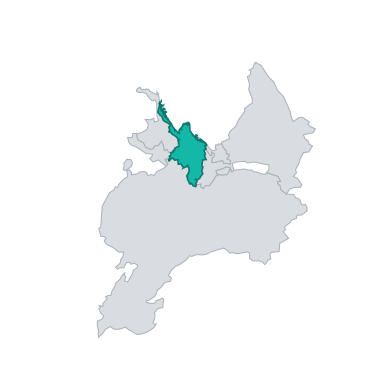 Myanmar highlighted among its neighbors, rotated 160°
{"feature_id": "MMR", "entity_name": "Myanmar", "entity_type": "country or territory", "adm_level": 0, "iso_a3": "MMR", "parent_name": "Asia", "parent_adm1": "", "projection": "albers", "projection_center": [96.922, 19.196], "detail": "fine", "context": "with_neighbors", "style": "filled", "palette": "teal", "viewbox_px": 384, "rotation_deg": 160, "n_neighbors": 6, "source": "natural_earth", "source_scale": "50m", "svg_char_len": 12006}
<svg xmlns="http://www.w3.org/2000/svg" viewBox="0 0 384 384"><g transform="rotate(160 192 192)"><path d="M223.5,265.5L218.9,265.0L212.8,266.2L209.9,270.4L211.2,276.3L206.8,274.2L202.7,274.4L203.3,270.5L199.0,270.6L198.8,276.0L194.7,287.7L195.1,291.2L198.3,291.3L200.4,295.7L201.4,300.0L204.2,302.7L207.3,303.2L209.9,305.6L208.3,307.7L205.0,308.3L204.6,305.8L200.5,303.8L199.6,304.7L197.6,302.9L196.7,300.5L191.6,295.4L190.8,298.3L189.9,295.6L191.8,287.8L196.7,278.1L194.8,273.7L194.2,268.6L189.8,262.2L191.5,261.3L193.2,256.9L185.9,245.7L187.9,244.8L189.9,239.4L193.2,239.2L198.5,235.8L200.5,237.3L200.9,240.3L204.0,240.4L203.0,245.7L203.2,250.1L208.0,247.0L209.5,247.9L212.2,247.6L213.1,245.9L216.6,246.1L220.4,250.0L220.9,254.9L224.9,259.0L224.9,263.2L223.5,265.5Z" fill="#d9dde1" stroke="#a8b0b8" stroke-width="1"/><path d="M233.8,265.3L229.5,263.7L227.5,267.3L223.5,265.5L224.9,263.2L224.9,259.0L220.9,254.9L220.4,250.0L216.6,246.1L213.1,245.9L212.2,247.6L209.5,247.9L208.0,247.0L203.2,250.1L203.0,245.7L204.0,240.4L200.9,240.3L200.5,237.3L198.5,235.8L199.4,233.9L203.3,230.6L203.7,231.8L206.2,231.8L205.3,226.2L207.7,225.4L212.7,233.7L218.3,233.5L220.3,237.7L217.4,239.2L216.1,241.0L221.8,243.7L229.2,253.6L233.0,256.9L234.4,260.3L233.8,265.3Z" fill="#d9dde1" stroke="#a8b0b8" stroke-width="1"/><path d="M185.6,197.1L185.9,198.9L184.4,199.8L184.7,202.9L181.6,202.0L175.8,205.3L175.9,208.2L173.4,212.3L173.1,214.7L171.1,218.8L167.6,217.6L167.3,222.7L166.2,224.4L166.7,226.5L164.4,227.6L162.2,219.7L161.0,219.6L160.1,222.8L157.7,220.1L159.2,217.4L161.2,217.1L163.4,213.0L160.9,212.1L152.5,211.2L152.2,207.7L150.1,207.4L146.7,205.1L145.0,208.4L148.1,211.2L145.2,212.9L144.1,214.6L146.8,216.1L145.9,219.0L147.3,222.8L147.8,227.0L147.1,228.7L138.3,229.3L138.3,233.0L135.7,235.8L128.8,238.7L123.2,244.2L114.6,249.9L114.4,252.2L107.5,254.6L105.3,254.7L103.5,258.3L103.7,268.9L101.2,273.4L100.4,281.7L97.9,281.7L95.3,285.2L96.6,287.0L92.0,287.9L90.0,291.0L87.8,292.2L83.7,287.1L81.0,274.9L77.6,267.3L76.8,257.9L73.4,250.6L72.2,234.2L73.1,228.3L72.8,223.5L65.8,225.5L62.7,224.5L57.7,217.6L60.1,216.2L59.1,214.0L54.5,209.0L58.0,206.2L67.8,207.8L67.6,203.4L65.5,200.6L65.5,196.7L63.0,194.1L68.6,189.7L73.6,190.9L78.8,186.4L82.2,181.9L87.0,177.6L87.4,174.1L91.4,171.8L88.3,169.0L86.3,161.2L88.6,159.4L94.8,161.4L99.5,161.2L104.0,157.7L107.9,163.7L107.1,167.6L108.5,170.2L108.1,172.7L105.2,171.7L105.8,177.1L115.4,184.6L112.4,186.5L110.3,190.9L123.7,199.1L129.7,200.2L132.1,202.9L140.8,205.1L144.5,205.2L145.1,198.0L147.8,197.1L148.0,202.0L152.0,204.0L154.8,203.3L162.1,203.8L162.5,200.8L160.8,199.1L164.3,198.6L168.4,195.1L173.5,192.0L177.2,193.3L180.3,191.2L182.3,194.3L180.8,196.3L185.6,197.1Z" fill="#d9dde1" stroke="#a8b0b8" stroke-width="1"/><path d="M164.4,227.6L164.2,231.2L162.6,230.4L162.8,234.4L160.6,226.8L158.8,223.8L154.6,223.5L154.9,225.6L153.4,228.3L151.5,227.2L150.8,228.1L147.8,227.0L147.3,222.8L145.9,219.0L146.8,216.1L144.1,214.6L145.2,212.9L148.1,211.2L145.0,208.4L146.7,205.1L150.1,207.4L152.2,207.7L152.5,211.2L160.9,212.1L163.4,213.0L161.2,217.1L159.2,217.4L157.7,220.1L160.1,222.8L161.0,219.6L162.2,219.7L164.4,227.6Z" fill="#d9dde1" stroke="#a8b0b8" stroke-width="1"/><path d="M158.9,197.8L162.5,200.8L162.1,203.8L154.8,203.3L152.0,204.0L148.0,202.0L148.0,201.0L151.1,197.4L153.5,196.3L158.9,197.8Z" fill="#d9dde1" stroke="#a8b0b8" stroke-width="1"/><path d="M242.4,244.9L238.5,243.6L238.0,239.3L240.2,236.9L245.1,235.2L247.8,235.1L248.9,236.9L247.1,239.2L246.2,242.2L242.4,244.9ZM117.1,127.0L117.1,124.5L119.9,123.6L117.1,115.5L127.1,113.7L130.5,106.2L138.1,108.2L140.4,106.4L140.8,102.2L144.0,102.0L147.1,99.4L148.6,99.1L149.5,102.1L152.6,104.5L158.1,106.3L160.6,109.8L158.9,114.8L160.3,116.8L170.2,118.4L174.9,121.2L177.4,121.7L179.2,125.8L181.5,128.5L194.2,129.3L199.5,128.6L203.4,129.2L209.4,131.7L214.3,131.5L216.1,132.9L220.7,130.2L227.1,128.3L233.1,127.7L237.6,125.8L242.9,121.5L240.7,118.5L242.6,115.5L248.9,116.2L252.6,113.5L258.4,111.2L260.9,108.0L263.5,106.5L269.0,105.2L272.2,105.3L272.4,103.7L268.5,101.2L265.3,100.3L262.5,102.2L258.6,101.9L256.5,102.7L255.3,101.1L259.1,93.3L263.8,94.3L268.9,91.1L268.6,89.3L271.4,84.6L273.3,83.0L273.0,80.9L270.8,80.2L273.6,77.9L278.1,76.5L283.0,75.7L288.7,76.0L292.2,76.8L298.6,84.1L300.7,87.8L307.5,87.9L312.5,90.0L314.8,93.6L320.6,92.4L323.5,90.1L329.5,87.5L328.3,91.7L327.2,93.5L326.8,98.4L325.1,103.1L320.3,103.3L317.3,105.5L319.0,109.0L319.5,114.3L317.5,114.8L318.0,117.1L315.0,114.9L313.9,117.7L308.1,120.8L309.2,123.0L305.7,123.4L303.6,122.4L301.4,126.0L297.4,129.2L294.6,132.6L289.2,134.8L286.5,137.4L282.3,139.2L284.2,136.8L283.1,135.1L285.8,131.6L283.4,129.6L276.0,135.4L273.9,138.7L269.9,139.4L268.1,141.8L270.6,144.7L274.1,145.0L274.5,147.1L277.9,148.1L282.0,144.1L285.9,145.4L288.6,145.2L289.6,147.5L284.0,149.6L282.4,152.4L278.7,155.3L277.0,158.9L281.8,160.9L284.1,165.4L290.7,172.7L291.1,176.3L288.6,178.0L290.0,180.4L292.7,181.5L292.1,189.6L289.7,190.4L281.2,209.4L269.8,219.5L264.7,220.6L262.2,223.1L260.5,221.6L258.1,224.3L252.0,227.4L247.2,228.5L246.1,233.9L243.5,234.4L242.1,230.9L243.0,228.9L236.8,227.7L234.7,228.7L230.0,227.6L227.7,225.7L228.3,222.9L224.1,222.2L221.8,220.4L218.1,223.2L210.1,224.1L205.3,226.2L206.2,231.8L203.7,231.8L203.1,228.6L199.8,230.1L194.4,227.4L195.6,223.2L192.7,222.3L191.6,217.8L186.9,218.6L187.4,212.7L191.6,208.6L191.5,200.7L189.6,199.6L188.1,196.7L185.6,197.1L180.8,196.3L182.3,194.3L180.3,191.2L177.2,193.3L173.5,192.0L168.4,195.1L164.3,198.6L160.8,199.1L158.9,197.8L153.5,196.3L151.1,197.4L148.0,201.0L147.8,197.1L145.1,198.0L135.1,195.8L131.7,193.4L128.4,192.2L127.1,189.8L124.7,188.9L120.6,185.4L117.2,183.6L115.4,184.6L105.8,177.1L105.2,171.7L108.1,172.7L108.5,170.2L107.1,167.6L107.9,163.7L104.0,157.7L97.4,155.0L96.6,151.3L93.8,148.7L93.3,147.3L93.4,142.8L91.0,141.4L89.6,141.7L89.2,137.3L90.4,136.4L90.0,135.2L94.2,133.6L97.1,133.0L101.2,134.2L103.1,131.4L108.3,131.5L109.9,129.8L116.5,128.0L117.1,127.0Z" fill="#d9dde1" stroke="#a8b0b8" stroke-width="1"/><path d="M198.5,236.3L197.8,235.8L197.5,235.8L196.7,236.3L195.5,236.1L195.7,237.0L194.9,237.5L194.3,237.3L193.7,237.4L193.5,237.7L193.3,238.6L193.0,239.1L192.3,239.1L190.5,239.5L189.9,239.5L189.3,239.2L188.8,239.2L188.7,239.7L187.9,240.7L187.9,242.3L187.5,243.0L187.4,243.3L187.6,245.0L186.5,245.5L185.9,245.4L186.2,246.1L186.6,246.5L187.1,246.5L187.6,248.3L187.5,248.9L190.1,252.2L190.9,253.0L191.1,253.4L191.1,254.2L192.0,256.2L192.1,256.3L192.8,255.8L193.1,256.1L193.0,256.7L192.7,256.9L191.7,257.6L191.5,259.0L191.6,261.0L191.1,261.0L189.8,261.8L189.9,262.9L190.1,263.7L191.7,266.0L193.4,267.5L194.4,269.1L194.6,271.5L194.3,272.2L194.4,272.5L194.6,272.9L194.9,274.0L195.8,274.9L195.7,275.3L196.1,276.7L196.4,277.2L196.9,278.7L196.7,279.1L196.2,279.5L194.8,282.0L192.7,284.3L192.8,285.4L192.5,286.6L192.3,286.6L191.8,287.3L191.5,286.6L191.6,285.8L191.3,284.2L191.7,283.9L192.3,282.7L192.4,281.9L192.7,281.4L192.6,279.7L192.9,279.3L193.3,279.0L192.9,278.7L192.4,279.0L192.1,278.9L192.1,278.1L192.4,277.9L192.2,277.0L192.4,276.5L191.9,276.4L192.0,276.2L192.3,275.9L192.0,275.5L192.2,275.0L192.2,274.4L191.7,271.9L191.3,271.3L191.0,270.3L190.1,269.1L190.1,268.1L189.9,267.9L189.7,269.5L189.5,269.2L189.3,267.9L189.4,267.0L188.9,266.1L188.5,264.6L188.6,264.3L189.0,264.6L188.6,264.0L188.3,264.1L188.0,263.5L188.0,261.9L187.7,261.3L187.8,260.7L187.5,258.5L186.9,257.8L187.2,256.6L187.1,255.6L187.6,255.0L187.1,255.2L185.9,255.3L185.7,254.5L185.4,254.2L185.1,253.4L185.0,252.6L185.1,252.4L183.5,250.9L183.7,251.4L183.4,251.9L183.7,252.8L183.0,254.4L182.4,255.1L181.5,255.4L181.1,255.3L180.8,254.9L180.6,254.1L180.3,254.1L180.5,255.1L181.0,255.7L180.1,256.2L179.6,256.2L179.5,256.6L178.3,257.0L177.9,258.0L177.3,258.7L176.5,259.2L176.1,259.1L176.1,258.4L176.4,257.9L176.3,257.4L176.3,257.7L175.5,258.7L174.4,258.7L174.2,257.9L174.2,256.9L174.0,257.7L173.7,258.0L173.1,258.3L173.0,257.5L173.4,255.8L173.3,255.3L173.1,256.1L172.7,256.4L172.0,257.3L171.4,257.8L171.0,257.7L171.0,257.2L171.3,255.2L171.7,254.6L171.9,253.5L172.2,253.1L172.3,252.2L172.7,251.3L172.8,250.0L172.7,249.4L172.4,248.7L172.1,246.9L171.4,245.3L171.3,244.8L171.0,244.2L171.3,244.2L170.6,243.6L170.5,243.4L170.4,241.4L170.2,241.9L169.9,242.1L170.0,242.9L169.9,243.3L168.8,242.7L167.9,241.0L168.3,240.8L169.0,241.5L169.4,241.6L170.0,241.2L170.2,240.7L169.5,240.2L169.2,239.8L169.0,239.4L168.5,239.0L168.9,238.3L168.3,238.3L167.6,237.6L166.8,237.5L166.4,237.6L166.6,238.3L166.5,238.5L166.2,238.5L165.7,237.4L166.1,236.9L165.7,236.9L166.0,235.9L165.9,235.8L165.6,236.4L165.1,237.0L164.7,236.7L165.2,236.1L165.0,235.7L164.5,235.0L164.4,234.9L164.5,235.5L164.4,236.3L163.9,235.4L162.9,234.1L162.6,233.8L162.4,232.4L162.2,232.2L162.0,231.3L162.5,230.6L162.8,230.6L163.7,231.2L163.8,231.5L164.0,231.4L164.1,231.2L164.0,230.4L163.9,227.9L164.2,227.7L164.5,227.2L164.9,227.3L165.2,227.8L165.5,227.9L166.1,226.9L166.6,226.7L166.7,226.1L166.3,224.3L166.7,223.3L166.7,222.7L167.4,222.8L167.6,222.5L167.8,221.2L167.9,219.5L167.5,217.8L167.6,217.6L168.3,218.1L169.2,217.9L170.9,218.6L171.2,218.6L172.0,216.4L173.3,214.2L173.9,212.9L173.7,212.4L173.2,212.0L173.3,211.5L173.7,210.8L174.2,210.5L175.0,209.6L175.2,209.3L175.3,208.6L175.8,208.0L175.5,207.2L175.5,206.5L175.5,205.8L175.8,205.2L177.3,204.5L179.3,203.0L180.0,202.2L180.6,202.0L182.9,201.6L183.2,201.8L183.6,202.4L183.9,202.6L184.3,202.8L184.6,202.7L183.7,201.1L183.6,200.4L184.0,199.8L185.1,198.9L185.6,198.7L185.6,198.2L185.5,197.9L185.5,197.3L186.5,195.8L187.0,195.9L187.5,196.6L188.0,196.6L188.9,197.6L189.1,198.5L189.8,200.5L190.1,200.6L190.3,200.1L190.5,200.0L191.4,200.4L191.8,204.7L191.6,206.7L191.6,207.2L191.5,207.5L191.1,207.6L191.1,207.8L191.5,208.6L191.5,208.8L191.4,209.0L190.7,209.2L190.1,210.2L189.9,210.3L189.4,210.2L189.2,210.3L189.0,211.1L188.6,211.7L188.2,212.0L187.8,211.9L187.3,213.0L187.4,213.8L186.7,214.3L186.5,215.0L186.5,215.7L187.1,216.2L187.3,217.0L187.2,217.5L186.7,218.2L186.7,218.5L187.2,218.6L188.7,217.8L189.6,217.5L190.9,217.5L191.3,217.7L192.4,217.5L191.8,218.2L191.7,218.5L191.7,218.9L192.2,219.4L192.4,219.9L192.3,220.4L192.7,221.1L192.6,222.1L193.4,222.4L195.1,222.6L195.3,222.8L195.5,223.2L195.0,223.9L194.8,224.5L194.8,225.5L194.2,226.6L194.0,227.0L194.1,227.3L196.0,227.5L197.5,227.8L197.6,228.0L197.5,228.8L197.6,229.1L197.8,229.4L198.3,229.6L198.3,230.1L198.4,230.3L198.9,230.6L199.5,230.4L200.3,230.6L200.6,230.5L201.0,230.3L201.7,229.6L202.8,229.0L203.0,229.1L203.1,229.9L202.8,230.5L202.1,231.0L201.6,231.3L201.4,231.3L200.7,232.5L200.4,232.9L200.3,233.2L200.5,233.4L200.8,233.5L200.5,233.7L199.8,233.7L199.4,233.9L199.1,234.2L198.8,234.9L198.5,236.3ZM168.9,240.0L170.0,240.7L169.8,241.2L169.4,241.3L169.1,241.2L169.0,240.8L168.6,240.4L168.9,240.0ZM191.0,274.7L191.3,274.8L191.2,275.3L190.8,275.9L190.5,276.0L190.6,275.1L190.4,274.6L190.5,274.3L190.9,274.5L191.0,274.7ZM168.7,244.4L168.2,244.0L167.8,243.5L168.4,243.4L169.0,243.5L168.9,244.2L168.7,244.4ZM191.7,278.9L191.6,279.9L191.1,279.8L190.8,278.7L191.6,278.6L191.7,278.9ZM172.2,258.1L171.9,258.5L171.8,257.8L172.8,256.8L172.9,257.1L172.6,257.7L172.2,258.1ZM186.9,256.6L186.7,256.7L186.4,256.4L186.4,255.6L186.7,255.4L186.9,255.5L187.0,255.7L186.9,256.6ZM190.4,279.7L190.1,280.4L189.9,280.3L190.0,279.8L190.5,278.7L190.4,279.7ZM190.1,282.8L190.5,283.7L190.4,283.9L189.8,283.1L189.4,283.2L189.9,282.7L190.1,282.8ZM192.0,277.9L191.3,278.2L191.3,277.2L191.6,277.6L192.0,277.9ZM190.5,287.5L189.7,288.1L189.8,287.7L190.1,287.3L190.5,287.3L190.5,287.5ZM165.5,237.6L165.7,238.6L165.5,238.4L165.3,237.8L165.3,237.3L165.5,237.6ZM190.5,272.2L190.5,273.1L190.2,272.7L190.2,271.7L190.5,272.2ZM167.9,238.4L168.0,239.1L167.7,238.8L167.6,238.1L167.9,238.4ZM189.7,276.9L189.4,276.9L189.2,276.5L189.3,276.2L189.6,276.3L189.7,276.9ZM189.3,275.8L189.0,276.3L188.7,276.0L188.9,275.7L189.3,275.8ZM189.4,279.0L189.4,279.5L189.1,279.2L189.1,278.4L189.4,279.0ZM173.9,258.4L173.6,258.8L173.4,258.7L173.9,258.2L173.9,258.4ZM191.7,282.8L191.4,282.7L191.6,282.2L191.7,282.8Z" fill="#14b8a6" stroke="#0f766e" stroke-width="1.5"/></g></svg>